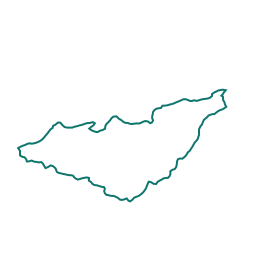 the district of Ipuiúna, Minas Gerais, Brazil, rotated 45°
{"feature_id": "56859067B76298814217950", "entity_name": "Ipuiúna", "entity_type": "district", "adm_level": 2, "iso_a3": "BRA", "parent_name": "Brazil", "parent_adm1": "Minas Gerais", "projection": "albers", "projection_center": [-46.134, -22.005], "detail": "fine", "context": "isolated", "style": "outline", "palette": "teal", "viewbox_px": 256, "rotation_deg": 45, "n_neighbors": 0, "source": "geoboundaries", "source_scale": "gbopen_adm2", "svg_char_len": 2900}
<svg xmlns="http://www.w3.org/2000/svg" viewBox="0 0 256 256"><g transform="rotate(45 128 128)"><path d="M98.0,214.7L99.0,212.3L99.8,209.1L102.3,207.9L105.4,207.8L107.4,208.8L109.1,209.3L111.1,208.6L112.8,207.4L114.9,206.2L116.9,204.8L119.1,203.5L121.3,201.5L123.0,200.6L124.9,200.9L126.7,200.7L128.9,200.0L130.1,198.0L131.2,195.8L132.3,194.2L133.8,192.1L135.7,190.9L137.5,192.9L140.2,192.3L142.2,192.7L144.6,192.1L146.7,190.4L148.9,189.3L151.3,188.0L153.0,186.7L154.7,187.4L155.8,189.5L157.8,190.5L160.1,190.5L161.5,189.4L163.2,188.5L164.7,187.3L166.0,186.1L167.7,185.4L170.3,184.5L173.1,184.3L174.6,183.1L175.7,181.4L176.9,178.7L179.7,179.1L181.4,178.4L181.8,175.8L181.7,172.8L182.4,170.9L183.4,169.1L183.9,166.9L184.1,164.9L184.2,162.5L183.9,160.3L183.5,158.4L182.6,156.2L181.5,153.7L180.6,151.3L182.7,150.0L185.5,149.4L187.5,147.7L187.0,145.3L187.4,143.3L188.3,140.7L188.7,138.6L189.9,136.7L191.5,135.0L191.5,132.9L190.7,130.7L188.5,128.7L189.0,126.1L190.1,123.9L189.6,121.4L188.1,119.1L186.3,117.0L185.4,114.7L186.5,112.6L188.2,111.2L188.5,107.7L188.2,105.1L187.5,103.0L187.8,100.7L187.3,98.3L186.8,95.8L186.1,93.3L185.4,90.9L185.4,88.6L185.0,86.2L184.0,84.6L183.2,82.7L181.3,80.9L179.1,78.6L178.0,75.5L177.8,73.1L176.9,71.2L175.9,68.5L176.1,66.3L176.3,64.4L176.1,62.3L176.8,60.6L177.8,58.7L179.3,56.9L179.5,54.3L179.9,52.0L180.6,49.8L181.7,47.9L182.1,45.9L182.5,43.5L180.0,42.8L177.6,41.4L175.7,41.1L174.3,39.9L172.9,38.7L171.2,39.1L171.2,37.2L170.6,35.1L170.4,32.2L167.9,33.9L166.7,35.7L165.4,37.4L164.8,39.4L164.0,41.3L163.4,44.6L164.8,46.1L164.5,49.0L163.3,51.1L161.9,52.9L160.1,55.3L158.8,57.7L157.5,60.2L155.1,61.7L154.2,63.5L153.0,64.9L150.8,65.7L148.1,67.1L146.7,68.8L146.0,70.8L145.0,73.3L143.8,76.1L142.7,79.0L140.9,81.9L139.9,83.9L138.4,86.0L136.6,87.8L137.1,90.6L135.4,92.8L134.4,94.5L134.0,96.7L134.4,99.0L135.5,100.4L136.6,102.3L138.0,103.9L140.4,104.9L141.0,107.1L140.3,108.9L137.7,109.2L135.3,110.8L134.1,113.3L133.5,115.4L132.3,117.4L130.9,118.6L129.5,120.3L128.0,122.4L126.2,123.8L124.5,124.4L122.5,126.2L120.3,127.0L117.9,127.1L115.2,127.9L111.6,127.9L109.6,130.4L109.4,132.9L109.9,134.8L110.0,138.0L109.9,140.2L110.5,142.4L112.3,144.9L111.4,147.5L110.1,149.7L109.5,152.2L107.9,153.6L105.8,154.6L103.5,155.5L101.0,155.8L101.1,153.7L101.7,150.8L101.2,148.1L98.9,148.8L97.4,151.5L95.5,153.6L94.3,156.1L93.2,158.3L91.7,160.8L90.4,163.3L89.2,165.0L88.4,167.0L86.4,169.1L84.5,170.9L82.4,172.2L79.6,172.3L76.3,172.1L74.6,173.8L74.3,177.2L73.5,179.4L74.6,181.2L74.2,183.3L74.4,185.5L74.7,187.7L75.0,189.9L75.1,191.9L75.4,194.3L75.4,197.2L74.8,200.1L73.7,202.9L72.4,205.3L70.8,207.4L69.3,208.3L67.9,210.7L67.2,213.0L66.3,214.6L65.3,217.1L64.5,219.9L67.8,220.5L69.6,222.4L71.3,223.8L73.6,223.1L75.4,221.9L78.0,222.0L80.1,223.2L81.6,221.6L82.8,219.2L85.4,218.2L87.2,216.7L89.3,215.4L90.6,213.5L92.8,213.3L95.2,214.0L98.0,214.7Z" fill="none" stroke="#0f766e" stroke-width="2"/></g></svg>